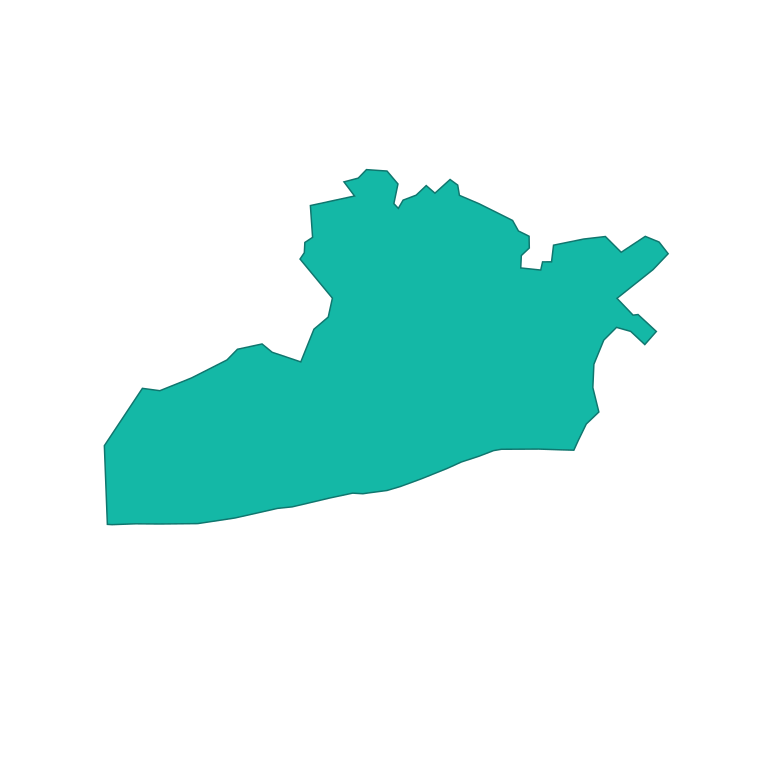 Mirishkar, Kashkadarya, Uzbekistan, rotated 316°
{"feature_id": "79887680B34481827361029", "entity_name": "Mirishkar", "entity_type": "district", "adm_level": 2, "iso_a3": "UZB", "parent_name": "Uzbekistan", "parent_adm1": "Kashkadarya", "projection": "orthographic", "projection_center": [65.084, 38.797], "detail": "fine", "context": "isolated", "style": "filled", "palette": "teal", "viewbox_px": 768, "rotation_deg": 316, "n_neighbors": 0, "source": "geoboundaries", "source_scale": "gbopen_adm2", "svg_char_len": 1212}
<svg xmlns="http://www.w3.org/2000/svg" viewBox="0 0 768 768"><g transform="rotate(316 384 384)"><path d="M87.5,292.8L90.6,296.2L108.3,312.1L125.3,328.8L153.0,355.0L183.8,376.9L221.0,399.5L232.6,408.6L265.6,428.2L285.6,440.7L292.6,448.3L296.8,451.3L312.2,462.7L325.2,469.4L345.6,478.4L371.6,488.9L385.4,493.8L402.3,502.0L416.5,508.0L423.1,512.5L450.1,538.3L465.4,554.1L474.6,563.5L484.2,559.7L501.7,553.3L519.1,553.4L531.7,531.7L548.7,515.6L572.6,505.1L590.6,504.8L598.0,517.5L599.0,536.8L616.4,535.4L615.0,510.5L611.0,507.5L611.1,484.2L657.0,488.6L678.9,487.7L680.5,473.0L674.5,459.3L646.1,454.0L645.7,431.7L628.3,418.4L602.4,401.9L589.4,412.5L582.9,406.3L575.9,410.9L563.0,395.5L572.0,387.0L583.0,387.1L591.0,378.5L587.0,367.3L590.1,355.7L577.7,320.6L569.3,300.7L575.2,292.1L573.6,282.8L553.2,282.1L552.2,270.6L538.3,270.5L525.5,265.0L516.3,267.6L516.4,261.1L533.0,249.8L534.1,232.9L520.3,217.6L508.5,218.0L495.6,210.8L493.4,228.3L455.0,204.5L434.5,228.9L425.4,227.2L417.9,234.2L410.4,235.8L406.5,286.4L390.4,297.1L371.7,295.9L339.5,310.3L325.6,283.5L324.1,270.5L302.7,257.2L287.7,257.6L249.7,245.9L218.1,233.1L207.2,219.3L140.0,234.1L87.5,292.8Z" fill="#14b8a6" stroke="#0f766e" stroke-width="1.5"/></g></svg>